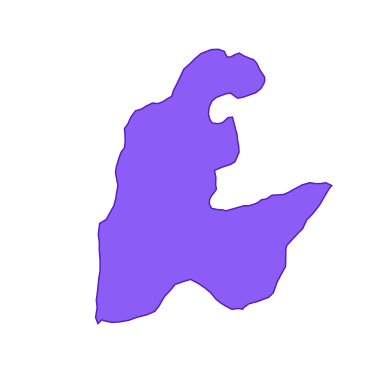 Gadabay District, Gədəbəy, Azerbaijan (Robinson projection), rotated 70°
{"feature_id": "54616110B46799199998097", "entity_name": "Gadabay District", "entity_type": "district", "adm_level": 2, "iso_a3": "AZE", "parent_name": "Azerbaijan", "parent_adm1": "Gədəbəy", "projection": "robinson", "projection_center": [45.649, 40.556], "detail": "fine", "context": "isolated", "style": "filled", "palette": "violet", "viewbox_px": 384, "rotation_deg": 70, "n_neighbors": 0, "source": "geoboundaries", "source_scale": "gbopen_adm2", "svg_char_len": 2193}
<svg xmlns="http://www.w3.org/2000/svg" viewBox="0 0 384 384"><g transform="rotate(70 192 192)"><path d="M233.7,58.5L229.0,63.1L228.1,68.3L226.2,73.5L223.6,77.9L223.0,86.0L224.5,96.6L225.3,101.0L225.7,106.5L224.0,112.7L222.4,117.9L224.0,124.7L223.0,129.3L224.4,133.4L224.7,137.8L224.4,143.2L222.7,147.9L222.1,155.8L221.8,160.4L221.3,166.5L219.1,169.6L217.3,174.0L214.3,178.8L214.0,179.2L209.0,179.8L205.4,178.3L202.4,175.3L200.4,171.9L197.7,168.1L193.2,167.3L186.5,164.6L179.4,163.5L178.9,155.4L179.3,146.2L178.3,141.3L173.9,137.1L170.7,134.2L164.7,132.4L159.2,131.5L152.8,129.9L148.8,129.7L142.4,129.0L135.5,128.4L134.9,130.7L134.4,132.6L136.5,137.6L137.3,140.0L136.6,144.6L134.0,149.5L129.8,150.4L124.7,150.0L118.2,146.9L113.3,142.0L111.4,136.6L111.4,134.1L111.3,132.2L111.3,126.7L112.2,122.0L116.8,118.9L117.2,118.6L119.5,116.9L120.4,111.3L120.4,105.6L120.5,98.2L118.4,92.0L114.9,87.6L114.2,87.1L112.1,85.4L111.9,85.4L108.8,84.5L100.2,86.5L93.4,87.1L88.8,88.8L85.6,92.7L81.9,96.6L77.6,100.1L77.6,104.4L78.3,109.6L77.2,112.9L70.9,113.5L67.0,118.3L64.8,125.0L64.9,131.1L65.0,136.3L67.8,143.7L70.9,150.4L73.7,157.6L81.2,165.2L85.6,169.6L90.0,174.4L95.3,178.5L95.7,182.4L97.2,188.4L97.3,193.7L94.9,198.8L95.5,205.1L96.8,211.0L96.4,217.3L100.7,223.8L106.2,229.1L109.3,233.8L115.4,235.4L122.2,237.7L127.5,240.5L130.0,244.6L134.6,248.6L141.9,254.1L147.7,257.3L153.9,258.3L160.9,259.5L166.6,262.9L171.1,265.3L178.1,270.0L184.5,277.4L188.5,282.1L189.9,289.5L199.9,294.6L207.9,296.4L214.9,299.0L224.1,301.5L234.3,305.2L242.1,309.5L252.1,314.3L261.1,319.0L268.3,320.7L276.9,325.5L283.5,325.4L281.3,320.7L283.7,317.5L287.3,311.5L289.3,304.3L290.9,295.5L290.9,286.6L291.3,282.5L291.9,276.1L291.4,267.6L288.0,262.2L280.8,253.7L277.3,246.6L273.1,239.6L273.2,229.8L273.6,223.2L279.9,217.5L287.1,212.3L292.8,209.0L301.1,206.0L305.7,203.2L310.4,199.6L315.9,194.7L317.2,188.6L319.2,184.7L318.9,184.8L316.5,176.8L317.3,167.7L317.2,160.8L317.2,156.1L314.5,150.0L305.8,142.9L302.3,139.1L294.0,129.6L286.3,126.6L277.8,123.4L274.5,121.0L270.7,113.6L267.0,106.4L264.3,100.6L257.4,93.7L254.0,86.5L251.2,81.8L247.6,76.2L242.3,70.0L235.8,62.1L233.7,58.5Z" fill="#8b5cf6" stroke="#5b21b6" stroke-width="1.5"/></g></svg>